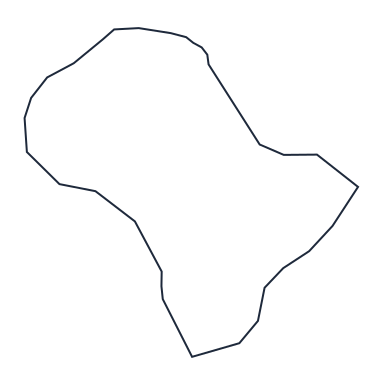 map outline of Kiboga (Natural Earth projection), rotated 179°
{"feature_id": "UGA-3089", "entity_name": "Kiboga", "entity_type": "District", "adm_level": 1, "iso_a3": "UGA", "parent_name": "Uganda", "parent_adm1": "", "projection": "natural_earth1", "projection_center": [31.973, 0.869], "detail": "fine", "context": "isolated", "style": "outline", "palette": "slate", "viewbox_px": 384, "rotation_deg": 179, "n_neighbors": 0, "source": "natural_earth", "source_scale": "10m", "svg_char_len": 539}
<svg xmlns="http://www.w3.org/2000/svg" viewBox="0 0 384 384"><g transform="rotate(179 192 192)"><path d="M334.8,309.1L308.0,322.8L278.6,346.1L267.0,355.9L242.4,356.8L210.4,351.2L195.1,346.9L188.1,341.1L179.8,336.4L174.3,329.0L173.2,319.3L123.5,238.3L99.6,227.5L66.4,227.2L25.9,194.2L52.1,155.6L75.9,130.8L102.1,114.3L121.1,95.0L128.3,62.0L147.3,40.0L194.8,27.2L223.1,85.4L224.2,98.3L223.7,113.0L249.6,163.6L288.5,194.5L324.4,202.2L356.4,234.9L358.1,268.9L351.2,288.9L334.8,309.1Z" fill="none" stroke="#1e293b" stroke-width="2"/></g></svg>